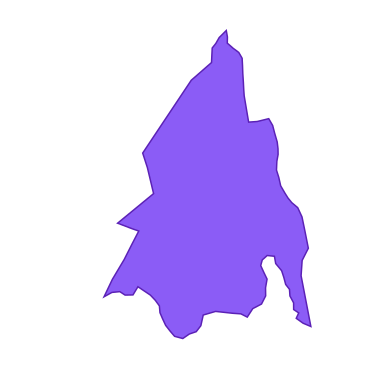 Forquetinha, Rio Grande do Sul, Brazil, rotated 260°
{"feature_id": "56859067B13427255832164", "entity_name": "Forquetinha", "entity_type": "district", "adm_level": 2, "iso_a3": "BRA", "parent_name": "Brazil", "parent_adm1": "Rio Grande do Sul", "projection": "orthographic", "projection_center": [-52.137, -29.38], "detail": "fine", "context": "isolated", "style": "filled", "palette": "violet", "viewbox_px": 384, "rotation_deg": 260, "n_neighbors": 0, "source": "geoboundaries", "source_scale": "gbopen_adm2", "svg_char_len": 1260}
<svg xmlns="http://www.w3.org/2000/svg" viewBox="0 0 384 384"><g transform="rotate(260 192 192)"><path d="M52.9,149.8L49.3,157.5L52.6,164.7L53.7,171.9L58.8,177.5L68.9,181.7L70.3,194.5L68.0,202.4L65.5,211.0L63.5,219.0L59.2,224.7L66.6,231.6L69.6,241.0L76.9,246.5L84.9,247.8L93.2,250.8L100.3,248.8L107.6,246.9L112.9,249.4L116.4,255.0L114.4,262.0L107.0,262.0L98.9,266.6L91.9,267.6L84.7,268.2L79.2,271.1L72.6,270.4L65.2,272.8L58.6,271.7L54.4,276.1L49.5,272.7L43.5,278.6L38.9,285.7L90.6,284.9L105.5,288.6L116.4,296.8L134.7,296.4L148.4,296.0L158.2,293.4L164.2,288.4L169.4,285.5L174.8,283.3L182.7,280.4L191.4,280.0L198.9,279.0L207.5,280.9L214.0,283.3L219.6,284.2L226.5,284.6L235.8,283.6L243.5,283.0L250.9,280.3L250.1,268.5L251.0,259.9L277.7,260.1L283.5,260.7L290.7,261.6L299.8,262.6L307.6,263.7L315.0,264.6L321.3,262.3L326.5,257.4L332.5,252.6L338.5,253.8L345.1,253.8L339.4,245.6L334.2,241.3L330.3,236.9L316.1,233.7L302.2,210.7L238.9,150.2L223.7,152.3L197.1,153.9L174.2,113.3L166.2,126.7L162.8,132.8L151.3,124.0L137.3,113.5L119.8,98.4L104.1,87.2L107.0,95.7L106.4,103.6L102.1,108.2L100.9,116.0L108.1,122.3L103.0,127.6L97.7,133.1L91.8,137.0L85.5,140.1L78.7,139.5L72.3,141.0L65.2,142.9L58.8,146.3L52.9,149.8Z" fill="#8b5cf6" stroke="#5b21b6" stroke-width="1.5"/></g></svg>